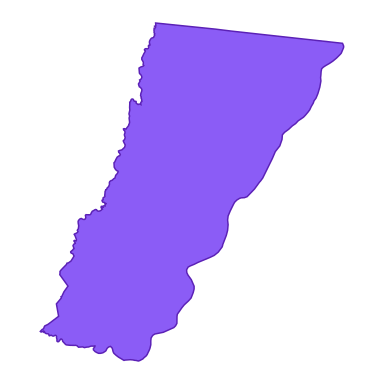 Garay, Santa Fe, Argentina (Albers equal-area conic projection)
{"feature_id": "61730980B46237487976912", "entity_name": "Garay", "entity_type": "district", "adm_level": 2, "iso_a3": "ARG", "parent_name": "Argentina", "parent_adm1": "Santa Fe", "projection": "albers", "projection_center": [-60.292, -31.093], "detail": "fine", "context": "isolated", "style": "filled", "palette": "violet", "viewbox_px": 384, "rotation_deg": 0, "n_neighbors": 0, "source": "geoboundaries", "source_scale": "gbopen_adm2", "svg_char_len": 5831}
<svg xmlns="http://www.w3.org/2000/svg" viewBox="0 0 384 384"><path d="M227.6,230.4L228.1,224.7L227.6,220.1L228.1,216.0L230.2,211.0L233.4,204.5L234.6,202.3L236.9,200.0L239.7,198.3L241.5,197.8L244.3,197.7L247.1,196.7L254.5,189.0L259.6,182.0L260.4,181.2L262.7,178.1L272.3,158.6L275.3,151.6L279.8,145.9L282.0,139.5L282.4,134.8L284.6,132.3L288.8,129.2L292.4,125.8L295.6,123.6L298.2,120.8L303.5,117.2L305.5,115.1L308.1,112.0L309.8,109.7L311.2,106.6L313.2,103.2L314.1,100.7L316.0,98.2L317.9,93.6L319.8,87.2L320.9,81.0L320.6,77.6L320.9,74.8L321.1,71.6L321.7,68.7L323.4,67.1L326.0,65.4L329.5,63.4L332.9,61.1L336.5,58.1L340.4,54.2L341.3,53.1L343.5,47.8L343.7,46.8L343.5,45.6L342.5,43.3L231.5,31.1L215.2,29.1L155.6,23.0L155.8,25.6L154.6,26.2L155.1,26.8L155.6,26.9L155.6,27.2L154.8,28.1L154.8,28.6L154.7,28.6L154.4,28.3L154.1,28.3L154.1,28.6L154.5,28.7L154.5,28.8L154.1,29.0L154.0,29.7L154.0,30.9L154.2,31.4L154.0,32.2L154.2,32.5L154.2,33.0L154.8,33.9L154.3,34.8L154.6,35.6L153.9,36.5L153.7,37.3L153.4,37.5L151.4,38.2L150.4,39.4L149.5,41.2L149.4,42.9L149.9,44.4L150.0,45.0L149.6,45.3L148.8,45.2L148.5,45.5L148.4,46.4L148.8,46.9L148.3,48.4L147.5,48.8L146.9,48.8L146.1,48.6L145.7,48.7L145.2,48.8L144.8,49.2L144.4,49.8L144.6,50.3L145.3,50.8L145.3,51.2L144.8,52.0L144.5,52.7L144.0,53.4L142.5,56.6L141.8,57.8L141.8,59.5L143.2,61.9L143.4,63.0L143.1,64.4L143.2,64.8L143.5,65.2L143.8,65.4L143.7,65.7L142.9,66.3L140.7,67.0L139.0,68.1L139.4,73.1L139.7,73.8L140.5,74.3L141.2,75.4L141.7,76.3L141.8,77.4L141.4,78.5L140.8,79.3L139.6,80.0L140.1,81.0L139.0,83.1L138.5,83.8L138.6,84.8L139.4,86.9L140.3,87.3L141.6,88.9L141.9,90.0L141.6,91.5L140.9,93.3L140.6,95.4L140.6,95.8L141.2,96.8L141.3,97.2L141.0,97.9L141.4,98.5L141.7,99.4L141.6,100.1L141.9,101.2L141.8,101.6L141.0,102.1L140.9,102.3L140.7,103.6L140.9,104.6L139.8,104.1L139.2,104.1L138.5,104.2L138.2,104.5L137.8,104.4L136.2,103.1L136.1,102.7L136.2,101.9L136.0,101.4L135.6,101.3L134.3,101.2L133.7,100.4L133.5,99.7L133.2,99.3L132.5,99.0L132.0,99.0L131.2,99.5L130.7,101.0L130.1,101.9L129.7,102.2L129.8,102.8L129.6,107.5L129.8,110.1L129.0,113.6L129.1,114.5L129.6,116.0L129.1,118.0L129.6,122.3L129.3,123.7L128.8,124.4L128.7,125.3L128.5,125.7L126.7,128.0L126.1,129.0L125.7,129.1L124.8,128.7L123.8,128.7L123.4,129.0L123.8,130.1L124.8,131.0L125.0,132.9L124.4,134.3L124.4,135.1L124.7,136.2L125.2,137.3L124.6,139.5L123.3,140.7L123.4,141.4L125.2,145.0L124.6,147.3L121.8,149.9L119.5,150.5L118.5,151.0L118.7,152.3L119.4,153.0L120.3,154.5L119.7,155.7L118.7,156.0L117.2,157.1L115.8,159.6L114.8,161.9L114.0,162.7L114.0,163.7L114.1,164.9L114.2,167.2L115.6,169.6L116.8,170.7L117.5,170.9L118.1,171.3L117.9,172.4L117.3,173.5L115.7,175.3L114.9,178.1L113.9,178.6L112.1,180.3L111.0,180.6L109.8,181.5L109.5,182.1L109.3,183.0L109.5,183.9L109.4,184.6L108.6,186.6L107.3,187.8L107.0,188.3L106.8,189.0L106.4,189.5L105.7,189.7L105.5,190.7L105.1,191.4L104.9,194.3L104.7,195.1L104.9,196.3L104.7,196.8L103.2,197.7L103.0,198.7L103.0,199.1L103.2,199.4L103.0,199.9L102.1,200.2L102.0,200.5L102.1,200.9L102.6,201.9L102.9,202.2L103.3,202.4L104.0,202.3L104.3,202.4L104.9,202.9L104.8,203.3L105.0,203.5L106.0,203.6L105.7,204.2L105.0,204.7L105.1,205.6L105.0,206.0L104.6,205.8L103.5,205.9L102.7,206.5L103.2,207.3L102.4,207.6L102.0,207.4L101.9,206.8L102.0,206.5L102.0,206.3L101.7,206.3L101.3,206.4L101.0,207.2L101.2,207.7L101.3,208.1L102.2,208.9L102.4,209.2L101.5,209.7L101.2,210.2L100.6,210.6L99.3,211.1L98.5,211.2L97.3,210.8L96.5,209.7L95.6,209.5L94.8,209.8L93.4,210.7L92.3,211.2L91.3,212.8L91.1,213.5L90.5,214.4L89.9,214.8L86.0,214.7L85.4,215.3L85.8,217.7L85.1,219.1L84.2,219.5L82.8,219.3L81.5,218.5L80.6,218.6L79.7,219.1L78.5,220.4L78.1,221.5L78.2,223.2L78.7,225.8L78.3,228.9L77.6,229.6L77.3,230.4L78.0,231.5L77.6,232.3L76.2,233.3L75.0,233.7L74.2,234.3L75.1,235.9L76.2,238.9L76.4,239.4L76.4,240.3L76.1,240.9L75.8,240.9L74.6,240.4L74.3,240.5L74.0,240.7L74.0,241.2L75.2,242.9L75.3,243.3L73.8,244.2L73.0,245.6L73.1,246.2L73.4,246.7L73.7,247.9L74.0,248.2L74.0,248.5L73.9,248.8L73.3,249.1L72.6,250.1L71.7,250.8L70.7,251.7L70.7,252.3L71.0,252.9L72.1,253.5L72.9,253.8L74.0,256.0L73.5,257.0L71.0,261.0L68.5,262.8L66.9,263.2L66.5,264.4L61.4,269.6L60.0,271.4L60.0,273.2L59.8,274.7L68.0,286.1L64.0,291.7L61.5,297.0L61.1,296.9L61.3,298.0L56.4,303.9L58.6,316.3L47.9,324.4L44.8,325.9L44.3,326.7L43.8,328.1L43.2,329.0L42.1,329.5L40.3,331.4L41.0,332.0L41.4,332.0L42.8,331.5L43.4,332.0L43.5,331.6L43.4,331.1L43.6,331.0L44.3,331.5L44.6,332.0L44.7,332.5L45.0,332.9L45.5,333.2L46.1,333.6L48.0,333.8L48.4,334.0L48.9,334.5L49.0,335.4L49.2,335.7L49.6,335.8L50.4,335.4L51.2,335.2L52.6,336.0L53.3,336.1L54.0,335.9L54.9,335.4L55.5,335.3L56.0,335.5L56.4,336.0L56.6,336.6L56.5,337.7L57.0,339.6L56.9,341.0L57.3,341.5L58.0,341.8L58.8,341.5L60.7,339.1L61.1,339.0L61.6,339.1L62.0,339.5L62.4,340.0L62.7,341.3L63.1,341.8L65.6,344.5L66.5,344.9L70.0,345.3L74.5,345.4L75.5,345.3L77.0,345.7L78.5,347.2L82.6,346.9L84.4,347.6L86.8,347.1L88.5,347.0L91.0,346.1L93.7,346.1L94.6,345.9L95.0,346.0L94.7,347.0L93.4,348.5L93.4,349.8L95.1,351.6L96.9,352.6L98.5,353.3L100.6,353.3L102.9,352.8L104.7,351.7L105.9,350.8L107.0,348.5L108.1,347.4L109.1,346.8L110.5,346.4L112.0,347.9L112.4,348.7L113.1,351.7L113.9,353.3L116.2,355.4L118.6,357.2L124.0,360.4L124.9,360.1L130.2,359.7L132.8,359.9L135.0,360.4L135.9,360.4L138.3,361.0L139.7,360.6L142.9,358.9L143.8,357.9L146.3,355.8L147.3,354.3L148.0,352.7L149.1,350.5L149.9,348.5L150.8,344.8L150.8,340.8L151.1,338.0L152.3,336.0L153.2,335.0L154.9,334.0L163.3,332.3L173.8,327.6L175.6,325.8L176.9,323.4L177.0,316.5L177.3,314.3L182.0,307.6L184.2,304.9L188.5,300.9L191.1,298.0L193.2,292.6L194.1,289.0L194.1,286.2L191.3,279.7L188.0,275.1L186.8,272.6L186.6,269.8L188.1,267.1L190.3,265.9L194.2,264.3L198.0,262.4L210.0,257.4L214.2,255.4L218.2,252.2L222.1,247.0L222.6,245.6L222.6,245.0L226.3,235.4L227.6,230.4Z" fill="#8b5cf6" stroke="#5b21b6" stroke-width="1.5"/></svg>